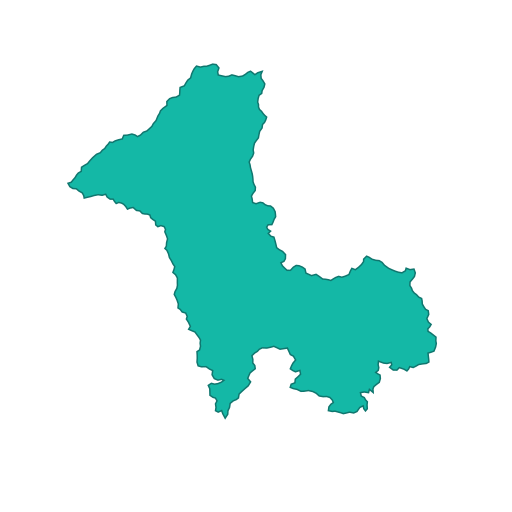 Barbacena, Minas Gerais, Brazil, rotated 235°
{"feature_id": "56859067B90991980012339", "entity_name": "Barbacena", "entity_type": "district", "adm_level": 2, "iso_a3": "BRA", "parent_name": "Brazil", "parent_adm1": "Minas Gerais", "projection": "mercator", "projection_center": [-43.815, -21.253], "detail": "fine", "context": "isolated", "style": "filled", "palette": "teal", "viewbox_px": 512, "rotation_deg": 235, "n_neighbors": 0, "source": "geoboundaries", "source_scale": "gbopen_adm2", "svg_char_len": 5711}
<svg xmlns="http://www.w3.org/2000/svg" viewBox="0 0 512 512"><g transform="rotate(235 256 256)"><path d="M234.6,158.8L231.6,160.6L228.8,162.4L224.8,162.5L221.7,162.6L218.9,162.3L216.6,160.2L213.9,158.8L211.4,155.9L211.5,152.8L208.7,151.1L205.9,149.2L202.9,146.8L199.2,145.6L196.6,147.7L193.9,151.7L190.0,153.1L187.0,154.8L183.9,151.9L179.5,151.5L176.2,153.6L174.7,157.1L172.6,158.4L172.5,155.2L173.3,151.6L174.8,148.5L177.3,146.4L177.4,142.7L173.8,142.0L171.3,140.4L168.3,138.4L164.9,139.7L162.9,141.3L159.7,141.0L158.1,138.0L154.9,136.4L152.5,134.1L149.8,135.5L149.1,139.2L145.8,138.3L140.8,137.7L142.6,142.1L145.3,144.2L147.1,147.4L150.1,150.3L150.4,154.4L149.7,157.5L149.8,160.2L152.6,162.9L153.2,166.7L153.7,170.6L154.1,175.1L156.0,179.4L160.5,179.0L162.1,181.5L163.6,184.0L163.9,187.0L164.1,190.7L167.0,192.2L170.2,192.0L173.1,194.1L176.7,195.5L177.3,199.3L177.1,202.4L177.7,205.1L177.2,208.4L174.4,212.1L172.8,215.9L171.8,218.8L168.8,220.6L165.9,222.2L164.5,225.0L162.6,228.9L158.6,228.2L155.6,227.6L152.5,229.2L148.1,228.8L147.1,225.0L145.8,222.4L143.9,219.4L141.2,220.4L138.5,221.9L137.1,226.3L133.6,224.7L133.0,221.2L132.6,217.6L129.8,215.1L130.8,211.3L128.8,208.7L126.0,210.5L123.2,213.1L119.4,215.2L117.8,217.6L115.7,221.8L112.4,224.8L109.0,226.6L105.1,227.5L102.3,230.3L100.3,233.4L97.7,235.4L94.3,235.9L91.6,235.3L91.6,232.3L90.6,229.2L87.8,226.6L84.9,229.3L83.6,231.7L81.2,233.7L78.8,235.7L76.8,237.1L75.7,239.7L74.4,243.1L71.4,246.0L70.7,249.5L72.4,254.1L71.8,257.8L69.1,256.7L66.3,256.8L67.0,259.5L70.4,261.6L72.7,263.6L75.3,263.2L77.9,263.5L80.9,261.9L84.2,263.2L82.5,266.7L79.5,269.8L81.7,272.4L77.0,273.7L80.0,275.5L81.4,277.6L81.7,280.9L81.8,284.5L84.3,287.6L87.3,289.3L89.5,288.2L92.0,287.3L92.2,290.5L94.1,292.5L96.9,293.7L99.6,296.0L97.4,297.5L95.1,299.1L92.8,301.7L91.3,305.7L89.0,304.8L88.2,301.6L83.9,303.0L81.7,306.0L82.4,309.4L78.4,312.3L75.3,313.7L75.9,316.2L77.2,318.5L74.5,320.8L74.0,324.1L73.8,327.0L72.2,330.4L70.3,333.9L70.0,336.8L72.3,338.2L74.7,339.5L77.8,341.2L76.8,344.2L76.0,347.2L78.4,350.9L80.9,353.5L83.3,354.6L86.3,356.9L89.7,355.9L92.9,354.9L95.6,353.7L97.8,355.0L98.3,357.6L99.5,360.2L102.8,359.3L106.7,360.0L109.1,364.0L112.4,365.7L115.1,364.3L118.4,364.4L121.3,364.7L123.9,366.3L126.2,367.3L129.0,365.7L132.3,365.3L134.9,364.4L137.9,364.2L140.3,364.9L143.6,365.1L146.4,367.3L147.4,371.1L148.3,374.0L150.8,376.8L154.7,377.9L156.5,374.3L159.9,372.0L158.2,369.9L158.5,365.9L161.3,363.1L163.9,361.2L166.9,359.3L169.8,357.6L172.4,356.7L174.7,355.9L178.4,355.6L181.6,354.2L183.7,351.7L186.8,349.2L190.1,347.9L192.4,346.5L191.7,342.4L189.7,340.9L188.5,337.5L187.9,333.5L187.8,329.5L190.9,327.4L189.6,324.8L187.5,321.5L188.3,317.5L189.4,314.1L191.9,312.0L192.7,308.8L192.9,306.1L193.0,303.3L195.0,301.7L196.8,299.9L198.9,297.4L202.6,296.2L206.5,294.7L208.1,290.2L211.0,288.5L213.4,287.1L217.2,288.7L220.3,287.6L223.3,285.7L225.2,283.5L225.4,280.2L224.5,276.0L226.5,273.2L229.8,272.5L232.8,272.0L236.2,272.5L235.6,275.8L236.9,278.5L240.2,281.0L244.5,280.4L248.0,278.6L251.0,277.7L253.9,278.9L257.3,280.2L261.2,281.5L263.7,279.5L267.5,279.0L268.0,282.2L271.0,280.9L273.6,281.3L274.6,283.9L272.6,287.0L274.1,289.6L275.7,291.9L276.9,294.6L279.1,295.9L281.4,297.1L285.2,297.6L288.6,296.6L290.4,294.4L292.8,292.9L295.6,292.1L297.6,290.2L298.8,286.0L301.7,283.9L305.0,285.6L307.7,286.6L309.0,289.3L310.1,292.9L312.7,295.0L315.9,295.4L318.6,296.2L320.8,297.6L323.1,298.9L325.4,300.0L328.5,301.1L331.4,302.1L334.1,303.4L336.9,304.3L338.5,307.0L339.7,310.4L341.7,313.2L344.5,314.5L347.3,317.2L349.3,319.5L350.3,322.2L351.4,325.7L353.8,328.1L356.0,330.5L357.4,334.4L360.0,336.8L360.5,339.5L361.8,341.9L363.7,344.4L366.1,343.8L368.5,343.5L371.3,343.5L374.1,342.9L376.6,343.5L378.6,344.9L381.1,345.6L383.9,348.2L385.9,350.7L385.9,353.9L388.0,355.9L389.6,359.3L391.9,361.9L395.5,362.2L398.5,362.1L401.7,363.9L403.7,367.0L405.1,362.6L405.2,359.1L408.0,358.3L410.5,357.5L411.1,354.6L410.9,351.6L411.1,348.2L412.9,344.5L415.8,342.2L418.2,340.1L418.9,336.8L420.4,333.9L423.1,331.4L425.9,328.9L428.9,330.2L431.3,333.5L435.6,333.2L438.0,330.6L438.8,327.4L439.8,324.2L441.3,322.1L442.6,318.8L445.7,316.2L444.9,313.0L443.7,310.5L442.0,307.7L439.4,304.6L439.2,301.0L438.0,298.0L436.5,294.9L437.6,290.5L435.7,288.9L433.6,287.3L431.6,285.6L432.0,281.7L433.7,278.5L434.4,275.5L433.7,271.6L430.4,269.4L430.3,264.5L429.7,261.0L428.2,258.9L426.9,255.9L424.3,251.9L423.3,247.8L421.9,245.1L421.4,241.5L421.0,238.3L422.0,234.7L421.3,230.8L421.8,227.4L424.4,226.4L427.1,224.3L428.8,219.9L430.7,216.9L428.6,213.6L430.1,209.9L431.1,206.6L431.3,203.6L433.3,201.5L432.4,199.1L431.9,196.5L430.8,193.7L430.8,190.8L429.9,187.7L430.8,183.7L430.2,178.5L429.2,174.1L428.3,171.0L428.6,167.9L428.8,164.0L425.6,161.4L425.9,158.0L425.2,155.4L424.0,152.8L423.3,149.9L422.4,147.0L423.4,143.7L419.5,143.3L416.3,144.7L414.1,147.4L410.9,148.2L407.3,149.9L404.2,149.5L402.0,148.5L400.9,151.4L399.5,154.8L398.5,157.9L396.8,161.8L394.0,164.8L392.8,168.3L389.7,167.9L386.3,169.1L384.5,171.6L381.8,171.4L379.2,171.6L378.6,174.3L376.5,176.2L374.2,177.3L371.3,177.7L368.1,177.6L367.6,180.1L366.2,183.2L361.9,184.2L359.6,186.7L356.0,187.3L354.2,189.0L352.6,191.1L350.4,192.6L347.8,191.7L345.2,192.4L342.2,193.6L339.0,191.7L336.3,192.4L335.5,195.5L332.8,197.6L329.8,197.2L328.1,195.2L323.9,194.3L320.8,193.4L318.2,190.4L315.4,188.1L314.4,185.7L311.9,186.3L308.0,185.6L304.4,184.2L300.8,184.0L297.0,183.4L294.0,183.4L292.0,181.1L290.2,178.5L286.8,179.4L283.1,179.0L279.3,176.3L277.0,174.8L274.9,172.6L273.3,169.3L271.4,167.0L268.0,166.6L265.0,166.0L261.3,164.9L258.2,162.3L255.7,163.3L252.5,163.4L249.6,165.7L245.9,165.0L244.3,162.8L240.7,162.7L236.0,161.9L234.6,158.8Z" fill="#14b8a6" stroke="#0f766e" stroke-width="1.5"/></g></svg>